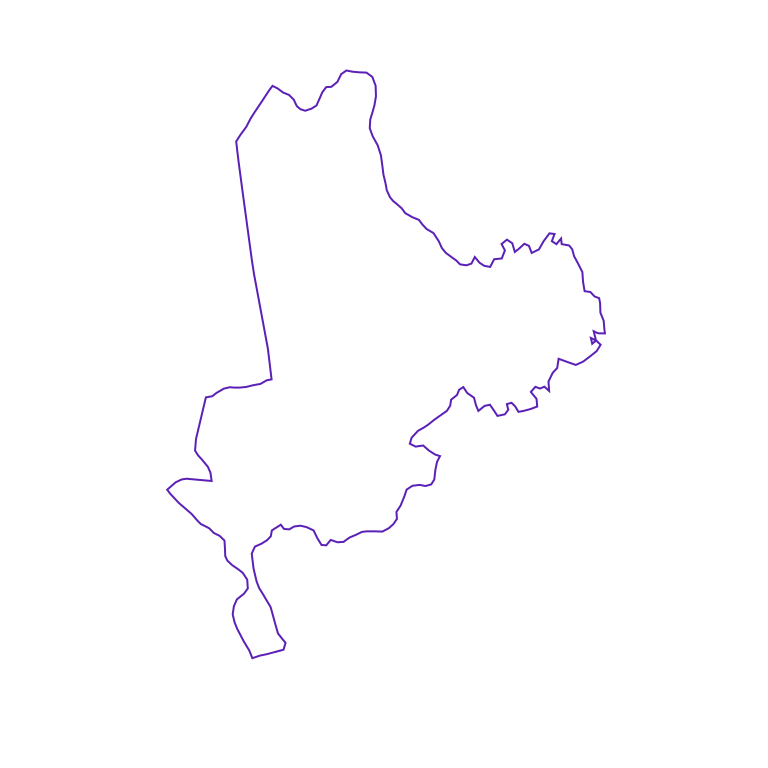 the district of Araquari, Santa Catarina, Brazil, rotated 194°
{"feature_id": "56859067B70811367539242", "entity_name": "Araquari", "entity_type": "district", "adm_level": 2, "iso_a3": "BRA", "parent_name": "Brazil", "parent_adm1": "Santa Catarina", "projection": "natural_earth1", "projection_center": [-48.775, -26.443], "detail": "fine", "context": "isolated", "style": "outline", "palette": "violet", "viewbox_px": 768, "rotation_deg": 194, "n_neighbors": 0, "source": "geoboundaries", "source_scale": "gbopen_adm2", "svg_char_len": 3342}
<svg xmlns="http://www.w3.org/2000/svg" viewBox="0 0 768 768"><g transform="rotate(194 384 384)"><path d="M568.8,229.0L564.9,225.8L554.4,219.0L539.3,211.4L532.1,206.4L527.9,203.8L523.2,202.8L518.7,201.7L513.1,198.3L506.8,196.9L500.9,193.5L498.4,185.5L496.4,178.6L493.2,174.7L487.5,171.5L481.0,169.1L475.4,166.6L469.4,161.1L466.7,152.7L469.1,146.7L474.6,139.5L475.9,132.1L475.1,123.9L471.4,116.7L467.2,110.9L457.4,99.9L450.3,92.9L445.4,86.1L438.6,90.5L432.9,93.2L417.2,101.9L416.9,109.0L422.1,112.9L426.5,116.3L430.8,123.7L439.9,139.9L450.6,150.8L455.7,155.7L459.8,161.5L465.9,173.3L471.3,187.4L469.9,195.0L464.5,199.2L459.8,204.0L457.0,208.8L457.4,214.8L453.5,218.9L450.1,222.5L446.0,219.2L440.8,220.0L436.7,224.0L430.8,226.3L424.6,226.4L416.9,224.9L411.4,218.3L405.7,212.7L401.0,213.5L398.0,219.8L390.8,219.2L385.1,221.0L380.3,226.7L374.7,230.9L369.7,235.1L365.3,236.8L357.8,238.7L349.9,240.4L344.5,245.2L341.0,250.3L338.8,256.2L341.0,262.9L338.5,270.0L337.1,279.6L336.5,287.0L331.8,292.1L325.1,294.7L318.9,295.1L313.9,298.0L312.1,303.4L313.4,313.3L313.7,321.4L312.2,327.6L317.2,327.9L324.1,330.2L331.1,333.8L338.2,330.9L344.5,332.3L344.2,338.6L339.7,346.8L335.0,351.2L331.4,355.1L326.4,361.7L321.3,367.6L316.5,373.1L314.5,379.0L315.1,385.0L310.5,391.0L309.7,396.6L306.3,400.2L301.1,395.4L293.4,392.5L289.5,385.5L285.9,380.7L281.1,387.1L276.2,389.5L271.6,385.5L266.2,380.5L259.4,383.8L257.2,389.1L259.9,394.2L255.8,396.6L251.3,394.0L246.8,389.5L241.8,391.8L235.7,395.2L229.9,399.2L232.4,406.5L239.6,411.8L236.4,417.9L231.6,417.3L227.7,420.2L222.1,417.2L225.0,426.2L223.0,435.7L219.8,441.4L220.7,450.7L211.1,449.7L202.5,448.9L196.2,453.9L191.1,460.2L185.6,467.4L183.3,474.5L188.8,477.5L193.3,485.9L188.6,485.0L181.9,486.5L183.8,491.5L186.1,498.4L191.3,505.6L193.8,514.5L196.0,519.3L200.9,519.9L206.0,523.2L211.8,522.6L215.6,531.3L218.6,540.6L225.9,549.0L230.5,554.0L234.0,560.3L237.9,563.2L245.4,562.7L247.4,568.0L250.5,561.4L255.7,563.2L254.8,570.8L259.9,570.2L263.7,561.1L266.2,552.1L272.4,546.9L276.8,553.1L281.8,554.0L285.9,547.7L289.0,543.8L293.6,551.6L299.6,553.8L303.8,548.3L299.0,542.9L300.1,534.3L307.3,531.7L309.3,523.3L315.3,522.9L320.7,524.8L326.6,529.2L328.3,522.0L332.8,519.1L339.2,518.5L343.9,521.4L348.5,523.2L355.8,526.2L360.8,530.0L365.3,535.7L372.5,542.4L380.2,544.7L385.4,548.1L389.8,551.7L396.8,552.7L404.7,554.9L409.4,558.8L414.1,561.2L419.5,563.8L423.5,566.8L428.2,572.7L431.2,579.4L435.1,586.8L438.7,596.1L442.3,605.1L447.8,614.0L454.8,621.5L459.7,628.7L461.3,637.3L460.9,645.3L460.7,651.9L461.4,661.2L464.3,671.4L469.6,679.1L476.3,681.9L483.6,680.4L490.2,679.4L496.3,679.1L500.5,674.3L502.3,665.9L507.0,659.6L511.9,658.1L514.4,652.2L515.4,646.3L516.9,637.9L520.9,633.7L526.5,630.1L531.5,630.4L535.8,632.5L540.4,638.1L546.1,641.5L552.4,642.4L558.6,645.0L564.3,646.3L566.5,641.1L569.7,632.0L572.9,623.0L575.4,616.1L577.6,609.5L579.9,600.0L583.6,591.0L586.1,583.6L582.8,574.8L578.6,563.8L566.2,532.5L542.0,471.8L536.8,459.4L505.3,390.4L494.2,361.3L498.7,359.2L503.9,354.2L511.0,351.0L517.2,347.7L523.2,345.6L528.4,344.3L533.1,343.5L538.3,340.7L544.4,334.8L547.7,330.6L553.6,327.9L553.1,285.0L551.2,273.6L547.0,269.7L542.5,266.7L534.8,261.0L530.9,255.9L527.8,248.2L552.7,244.3L557.1,242.5L562.3,238.3L568.8,229.0ZM188.8,477.5L191.7,473.4L194.4,478.7L188.8,477.5Z" fill="none" stroke="#5b21b6" stroke-width="2"/></g></svg>